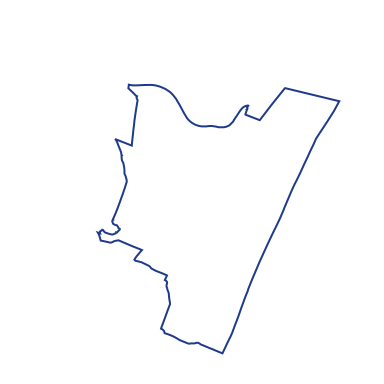 outline of Amuwo Odofin, Lagos, Nigeria, rotated 293°
{"feature_id": "59680162B96890005302109", "entity_name": "Amuwo Odofin", "entity_type": "district", "adm_level": 2, "iso_a3": "NGA", "parent_name": "Nigeria", "parent_adm1": "Lagos", "projection": "natural_earth1", "projection_center": [3.271, 6.447], "detail": "fine", "context": "isolated", "style": "outline", "palette": "blue", "viewbox_px": 384, "rotation_deg": 293, "n_neighbors": 0, "source": "geoboundaries", "source_scale": "gbopen_adm2", "svg_char_len": 3865}
<svg xmlns="http://www.w3.org/2000/svg" viewBox="0 0 384 384"><g transform="rotate(293 192 192)"><path d="M293.5,209.7L292.3,208.0L290.7,206.5L289.3,205.7L288.9,205.5L285.9,204.6L282.7,204.0L279.4,203.4L277.5,203.0L275.7,202.7L274.8,202.5L274.6,202.4L274.2,202.5L272.4,202.2L270.9,201.5L268.0,200.4L265.7,198.3L264.2,196.3L263.4,194.6L262.2,191.8L262.0,191.0L262.0,190.9L261.6,188.7L260.9,185.8L260.3,183.9L259.3,181.8L257.9,179.3L257.2,177.7L256.7,176.5L256.3,175.7L255.5,172.5L255.3,170.0L255.2,168.5L255.4,166.8L255.6,165.5L255.6,165.3L255.6,164.9L256.1,163.2L256.5,161.9L257.4,159.8L258.3,158.2L259.5,156.6L260.3,155.5L260.8,154.7L268.0,145.7L269.6,143.4L271.3,141.2L272.8,138.6L274.3,135.7L275.5,132.5L276.3,128.3L276.5,126.0L276.5,121.9L276.4,120.8L276.2,119.0L275.9,116.9L275.0,113.6L273.4,109.8L271.9,106.4L270.1,102.7L268.5,99.3L267.8,97.7L267.7,97.3L266.8,95.2L266.1,91.9L264.9,92.3L263.8,92.6L262.7,92.8L261.8,95.0L260.9,97.5L259.8,100.4L258.9,102.3L258.8,102.8L258.7,104.0L257.4,104.0L257.2,104.0L256.6,104.6L255.4,105.9L255.1,106.1L251.3,107.0L244.8,108.6L234.9,111.2L231.3,112.4L227.6,113.4L214.4,117.4L211.2,118.4L211.1,115.2L211.0,111.4L210.8,105.0L210.7,100.5L209.8,102.3L208.5,103.7L205.4,106.7L201.0,111.1L199.4,112.1L198.6,112.6L198.4,113.0L198.2,112.8L197.4,113.2L196.3,113.7L194.1,114.9L193.3,115.7L192.8,116.3L192.1,117.1L191.7,117.5L190.9,118.1L188.3,119.9L185.2,121.5L183.8,122.1L182.5,122.7L181.3,124.0L180.5,124.8L179.1,125.9L178.5,126.4L177.9,126.8L177.7,127.1L175.7,128.0L174.1,128.1L172.0,128.3L169.1,128.6L164.9,128.9L162.4,129.1L161.6,129.1L155.3,129.5L146.9,129.9L141.4,130.0L136.7,129.9L135.8,130.3L135.7,129.9L133.9,130.0L132.5,131.2L131.8,132.1L131.7,134.8L132.0,135.9L131.3,137.1L130.5,137.9L130.1,138.5L129.9,139.8L129.7,140.1L128.8,140.1L127.1,139.3L125.5,138.8L125.3,138.4L125.2,137.9L124.7,138.1L124.0,137.8L123.3,137.0L121.8,135.5L121.3,133.7L121.0,131.5L120.8,127.9L120.8,127.4L122.3,124.7L122.1,124.0L121.2,123.9L120.4,123.1L119.5,122.7L118.7,123.0L118.0,123.6L117.8,121.2L116.5,122.9L115.1,124.2L112.8,126.0L111.7,126.9L111.6,127.0L112.2,129.6L112.9,133.5L113.4,136.3L113.6,136.9L114.4,138.0L115.7,139.0L117.1,140.5L118.8,143.3L118.8,146.3L118.8,151.0L118.8,159.0L119.0,166.0L119.0,168.6L115.1,167.3L111.7,166.3L108.8,165.6L107.2,165.4L106.7,166.3L106.6,166.8L106.9,168.2L106.9,168.3L107.4,171.7L107.6,173.4L107.5,174.7L107.4,177.5L107.2,180.4L107.3,180.8L107.0,182.1L106.4,183.2L105.7,184.6L105.3,189.6L105.4,192.8L105.5,195.2L105.5,198.9L105.4,201.6L102.6,201.5L100.4,201.4L100.4,201.5L100.0,203.2L99.6,203.9L98.9,204.5L98.3,204.7L97.2,204.8L95.6,205.2L94.5,205.9L93.9,206.6L92.7,207.4L91.7,208.3L90.3,209.7L89.3,210.4L87.1,211.5L84.2,213.2L80.9,215.3L80.2,215.6L77.1,215.7L72.8,215.9L65.5,216.3L56.8,216.7L54.1,216.9L54.0,218.1L53.7,219.3L53.2,220.4L52.1,221.5L51.4,222.0L51.7,225.6L51.8,229.4L51.7,232.7L51.3,235.7L50.9,238.2L50.9,242.6L51.0,245.6L51.0,247.4L51.2,248.5L52.4,250.6L53.0,252.1L53.8,253.8L54.6,254.6L55.3,255.8L55.6,257.1L55.4,258.5L55.2,259.1L55.1,259.6L55.2,264.2L55.2,270.0L55.3,272.5L55.3,279.4L55.4,283.1L58.7,283.2L62.5,283.4L66.3,283.5L70.0,283.7L75.0,284.0L78.2,284.0L82.4,283.8L86.0,283.6L90.2,283.5L94.8,283.3L99.6,283.0L105.5,282.6L110.0,282.4L115.5,282.1L118.8,282.0L122.2,282.0L124.8,281.7L134.6,281.5L154.7,281.5L173.7,282.0L185.9,282.5L193.0,282.9L197.1,283.1L202.1,283.3L206.5,283.3L211.1,283.3L214.6,283.2L221.4,283.2L225.9,283.2L229.2,283.2L232.2,283.2L235.6,283.3L239.0,283.4L244.3,283.8L252.6,284.2L261.6,284.4L270.7,284.8L273.7,284.8L284.3,285.3L287.8,285.3L289.8,285.4L293.8,286.1L300.9,287.4L310.3,289.1L321.7,291.0L333.1,292.1L324.0,237.2L323.7,236.9L303.1,231.1L284.6,226.3L284.3,217.5L284.1,211.0L284.5,210.8L289.0,210.4L289.2,210.1L289.6,210.5L290.9,210.3L291.4,209.6L292.5,209.8L293.0,210.0L293.4,210.1L293.5,209.7Z" fill="none" stroke="#1e3a8a" stroke-width="2"/></g></svg>